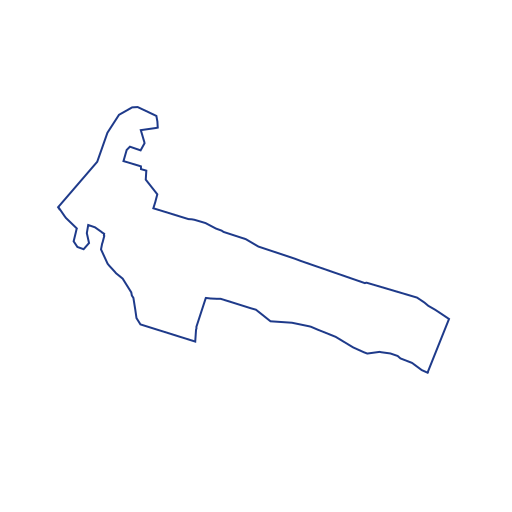 outline of Gokdepe, Ahal, Turkmenistan, rotated 109°
{"feature_id": "10190150B73322470423680", "entity_name": "Gokdepe", "entity_type": "district", "adm_level": 2, "iso_a3": "TKM", "parent_name": "Turkmenistan", "parent_adm1": "Ahal", "projection": "orthographic", "projection_center": [57.988, 38.679], "detail": "fine", "context": "isolated", "style": "outline", "palette": "blue", "viewbox_px": 512, "rotation_deg": 109, "n_neighbors": 0, "source": "geoboundaries", "source_scale": "gbopen_adm2", "svg_char_len": 1581}
<svg xmlns="http://www.w3.org/2000/svg" viewBox="0 0 512 512"><g transform="rotate(109 256 256)"><path d="M280.4,450.3L281.9,448.1L288.3,434.4L289.1,434.4L292.9,434.0L301.5,433.2L305.6,427.8L305.7,421.2L298.1,418.1L290.6,422.7L289.5,423.4L281.5,424.7L281.5,424.1L281.3,424.2L281.3,417.6L283.6,409.7L283.8,409.5L284.4,406.8L285.9,406.6L286.4,406.0L292.9,405.5L294.5,405.5L300.2,404.7L311.6,393.8L312.9,391.7L317.1,384.0L317.9,382.7L320.8,374.7L331.0,362.1L333.8,360.5L335.5,358.3L346.2,352.6L353.6,348.8L358.3,343.0L356.7,285.6L345.2,288.7L344.0,288.7L342.3,289.3L312.2,289.8L312.1,289.5L311.9,289.5L311.0,285.2L309.4,279.7L308.0,275.5L307.6,263.0L307.1,243.9L306.8,238.6L312.7,221.9L313.0,221.0L307.4,200.3L305.1,182.4L305.1,181.8L305.0,181.2L305.6,173.0L305.6,172.9L306.5,154.4L310.8,134.4L311.9,122.6L312.0,119.0L306.4,107.9L306.2,106.2L304.4,97.2L304.4,89.5L305.8,86.1L306.3,73.6L309.9,62.2L310.5,55.7L310.0,55.6L309.9,55.8L252.7,53.0L248.5,69.1L247.0,76.9L245.2,81.5L242.9,90.2L245.2,141.9L245.3,143.0L246.2,144.2L246.1,211.7L245.9,218.5L246.3,256.8L243.4,271.1L243.8,294.5L243.2,296.8L243.1,302.8L241.3,314.4L241.4,317.1L241.8,326.0L242.2,328.6L243.1,331.9L244.3,368.6L237.7,368.8L229.8,369.4L219.7,385.1L211.0,387.5L211.0,387.8L211.3,393.0L208.7,394.0L209.4,412.2L205.4,412.4L197.8,412.8L197.6,412.7L193.7,410.8L193.7,399.5L185.7,398.1L184.6,398.7L174.5,405.9L167.5,392.2L166.6,390.7L161.0,393.0L156.0,395.8L153.7,416.4L155.8,421.5L167.1,431.5L187.8,436.6L218.6,436.8L274.3,459.0L275.5,457.4L275.2,457.3L280.4,450.3Z" fill="none" stroke="#1e3a8a" stroke-width="2"/></g></svg>